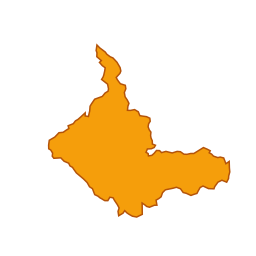 Salto do Itararé, Paraná, Brazil, rotated 68°
{"feature_id": "56859067B10187530268623", "entity_name": "Salto do Itararé", "entity_type": "district", "adm_level": 2, "iso_a3": "BRA", "parent_name": "Brazil", "parent_adm1": "Paraná", "projection": "orthographic", "projection_center": [-49.691, -23.621], "detail": "fine", "context": "isolated", "style": "filled", "palette": "amber", "viewbox_px": 256, "rotation_deg": 68, "n_neighbors": 0, "source": "geoboundaries", "source_scale": "gbopen_adm2", "svg_char_len": 2171}
<svg xmlns="http://www.w3.org/2000/svg" viewBox="0 0 256 256"><g transform="rotate(68 128 128)"><path d="M196.9,46.7L197.8,50.6L191.6,50.5L189.5,53.4L189.1,55.8L186.1,59.3L183.5,60.3L181.4,62.0L179.9,60.3L177.2,62.6L174.4,65.4L176.3,76.5L175.1,79.5L174.5,83.2L173.2,86.0L169.6,88.3L168.1,91.2L167.7,96.4L163.9,101.6L163.4,106.1L160.8,107.2L159.5,110.0L161.3,113.3L162.3,116.2L161.5,119.5L159.2,118.9L157.3,120.4L154.7,117.9L156.0,114.1L155.9,111.0L154.3,109.0L152.0,111.4L149.0,110.3L145.9,110.4L143.5,109.9L140.4,108.3L137.7,109.0L134.4,108.9L131.8,107.3L130.1,104.9L127.1,104.1L124.4,106.6L122.4,110.1L121.0,112.4L116.8,112.4L113.4,115.0L112.6,119.2L111.4,121.9L107.7,119.9L105.5,117.9L101.8,118.2L98.0,119.0L93.7,118.1L90.8,115.3L87.4,114.5L84.1,118.5L81.7,119.2L79.2,119.8L76.7,120.0L74.3,115.0L72.5,113.3L69.0,112.7L62.9,113.6L57.4,115.7L55.3,117.8L51.7,120.0L49.1,120.6L43.1,124.2L39.4,125.7L44.2,128.5L46.6,128.6L50.2,130.2L55.5,127.5L56.5,129.9L60.5,128.5L63.6,126.6L66.5,128.3L69.8,130.6L71.4,132.0L73.1,134.3L79.7,130.5L84.4,131.4L86.4,132.7L87.0,136.2L89.1,140.0L88.8,148.1L92.0,152.9L93.6,155.0L97.8,157.1L102.5,160.4L100.8,163.2L97.9,162.0L100.1,167.8L101.3,171.2L101.7,174.1L103.5,177.1L103.5,182.7L106.3,183.0L107.0,186.8L107.7,189.7L106.5,193.8L109.0,199.3L109.9,205.6L114.1,208.0L117.6,209.3L119.4,207.9L123.0,207.3L125.8,208.8L128.3,208.1L130.5,201.5L134.9,199.7L138.4,196.2L141.4,196.0L143.7,194.2L146.1,193.7L150.3,192.7L158.4,188.4L163.3,186.3L168.1,185.7L170.9,183.7L177.3,183.8L179.9,181.4L182.3,180.1L184.3,178.5L186.6,176.8L187.8,173.9L185.4,170.8L187.1,168.0L190.3,167.6L195.0,166.6L198.8,166.2L201.6,168.5L205.9,169.5L205.1,164.5L203.4,162.0L206.3,160.8L208.5,159.3L211.4,157.0L213.8,153.3L213.4,147.1L202.9,143.0L205.6,141.2L207.7,140.1L209.5,137.8L209.5,132.5L210.4,130.1L205.4,129.0L205.0,126.0L204.2,123.1L200.9,120.2L199.3,116.5L200.7,108.9L201.1,105.3L204.0,102.1L208.5,101.0L210.4,98.4L214.1,94.9L214.2,91.4L214.5,88.6L212.4,86.2L210.2,83.4L209.9,80.2L214.4,76.0L216.6,71.1L214.9,69.6L211.9,64.9L211.6,60.5L215.2,56.8L212.5,53.7L210.2,52.6L206.9,50.1L202.9,48.9L196.9,46.7Z" fill="#f59e0b" stroke="#b45309" stroke-width="1.5"/></g></svg>